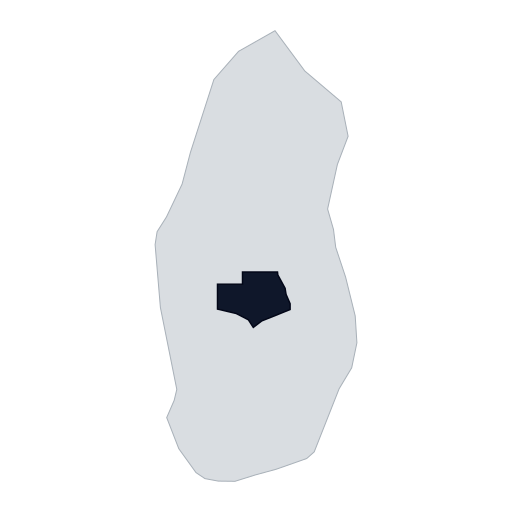 82, Ar Rayyān, Qatar (highlighted)
{"feature_id": "91078587B69331061466095", "entity_name": "82", "entity_type": "district", "adm_level": 2, "iso_a3": "QAT", "parent_name": "Qatar", "parent_adm1": "Ar Rayyān", "projection": "natural_earth1", "projection_center": [51.205, 25.205], "detail": "fine", "context": "in_parent", "style": "filled", "palette": "ink", "viewbox_px": 512, "rotation_deg": 0, "n_neighbors": 0, "source": "geoboundaries", "source_scale": "gbopen_adm2", "svg_char_len": 826}
<svg xmlns="http://www.w3.org/2000/svg" viewBox="0 0 512 512"><path d="M276.3,469.2L255.1,475.0L235.0,481.3L218.3,481.1L204.9,478.6L196.0,472.6L178.8,448.7L166.7,417.6L174.2,400.3L176.8,389.4L160.4,307.5L155.1,244.6L157.1,231.7L166.5,216.9L182.1,184.1L190.4,152.5L213.9,79.5L238.6,51.3L275.0,30.7L304.8,71.0L341.2,101.9L348.1,136.3L337.4,164.4L327.6,209.0L333.5,229.5L335.7,247.3L345.6,277.1L355.2,315.9L356.9,342.8L351.7,367.8L339.1,388.8L314.2,451.9L306.7,458.5L276.3,469.2Z" fill="#d9dde1" stroke="#a8b0b8" stroke-width="1"/><path d="M217.5,284.2L217.5,309.1L236.2,313.5L248.4,319.8L253.3,327.4L257.1,324.5L261.8,320.9L279.3,313.9L290.1,309.5L290.1,303.7L286.1,294.5L285.8,292.9L285.1,288.3L277.8,274.9L277.5,272.0L273.0,272.0L242.5,272.0L242.5,284.2L217.5,284.2Z" fill="#0f172a" stroke="#020617" stroke-width="1.5"/></svg>